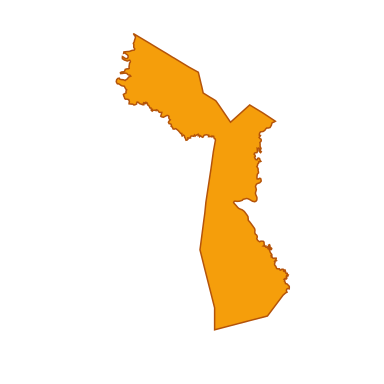 Santa Helena, Maranhão, Brazil (Albers equal-area conic projection), rotated 122°
{"feature_id": "56859067B36614364399438", "entity_name": "Santa Helena", "entity_type": "district", "adm_level": 2, "iso_a3": "BRA", "parent_name": "Brazil", "parent_adm1": "Maranhão", "projection": "albers", "projection_center": [-45.434, -2.467], "detail": "fine", "context": "isolated", "style": "filled", "palette": "amber", "viewbox_px": 384, "rotation_deg": 122, "n_neighbors": 0, "source": "geoboundaries", "source_scale": "gbopen_adm2", "svg_char_len": 6052}
<svg xmlns="http://www.w3.org/2000/svg" viewBox="0 0 384 384"><g transform="rotate(122 192 192)"><path d="M88.7,325.7L89.4,324.3L89.9,323.5L90.0,322.5L91.1,321.8L92.6,321.4L94.0,321.1L95.0,320.6L95.9,320.6L97.1,320.5L98.0,319.3L99.2,318.7L100.3,317.9L101.0,316.3L102.3,316.2L103.7,317.9L104.5,318.5L105.5,319.2L106.4,320.2L107.1,321.2L108.4,322.9L109.3,324.0L110.6,323.5L109.8,322.9L109.7,321.7L110.0,320.6L109.8,319.7L110.4,318.3L111.8,317.5L113.2,317.7L114.0,319.1L114.1,320.4L113.9,321.4L114.0,322.8L115.0,322.3L115.9,321.6L115.8,320.5L116.0,319.3L115.6,318.4L115.5,317.2L115.1,316.1L113.9,315.3L113.2,314.7L113.8,313.5L114.7,313.1L115.8,313.3L116.8,312.8L117.8,312.4L119.3,311.7L120.4,310.8L121.3,311.3L122.0,312.4L123.4,313.6L125.0,313.2L126.2,313.5L127.3,315.1L128.6,316.0L129.4,315.3L128.5,314.0L127.8,313.2L127.0,312.2L126.3,311.1L126.0,309.9L126.4,308.8L126.4,307.8L125.8,306.6L126.2,305.3L128.2,306.7L129.2,306.7L130.7,306.9L132.0,307.6L132.9,307.8L133.0,309.1L133.5,310.4L134.2,311.7L134.6,313.1L134.0,314.0L135.0,315.1L136.7,315.4L138.6,314.7L139.3,313.7L139.8,312.6L139.2,311.8L139.1,310.1L139.2,308.8L139.1,307.8L138.8,307.0L138.2,305.5L139.8,302.7L140.0,301.5L141.4,301.5L142.8,300.4L145.6,301.9L146.8,300.7L147.2,299.9L148.3,298.7L148.6,297.7L147.8,296.5L147.2,294.6L148.6,292.9L149.7,292.6L150.6,292.1L149.7,290.2L148.9,288.8L149.0,287.3L147.9,286.3L146.7,285.6L145.7,286.1L144.8,286.2L144.4,285.1L144.7,284.0L144.8,283.0L144.4,281.5L144.2,280.2L143.7,279.3L142.9,280.2L141.8,280.3L141.5,279.4L142.2,278.8L141.4,278.1L140.5,278.7L140.1,277.8L140.5,276.7L141.2,276.3L141.7,275.4L141.6,274.5L142.3,273.2L143.0,272.2L142.5,271.3L143.3,270.6L143.0,269.7L144.3,269.8L144.5,268.6L143.4,268.3L142.7,267.3L142.0,266.6L142.1,265.6L141.1,265.6L140.9,264.3L141.5,262.9L141.7,261.9L141.2,261.0L140.5,259.8L141.7,259.4L142.7,259.1L144.3,258.7L144.4,257.8L143.8,255.9L142.2,254.9L141.1,254.3L140.3,253.8L139.9,252.8L140.1,251.6L141.4,251.0L142.1,250.0L142.3,248.7L143.8,249.0L145.3,249.0L146.2,247.7L145.8,246.8L145.6,245.8L146.2,244.8L147.3,244.6L147.5,242.9L148.6,241.4L148.0,240.3L146.9,239.4L147.0,237.6L147.2,236.2L147.6,234.8L147.9,233.8L148.4,232.6L147.8,231.7L148.8,231.1L149.7,230.0L148.2,229.3L148.4,228.2L149.5,227.2L150.0,226.1L151.3,224.5L150.6,223.7L149.3,223.4L148.4,224.2L147.7,222.8L146.9,221.9L146.2,222.5L145.0,222.4L144.3,221.2L143.9,220.2L142.4,220.1L143.0,219.0L142.1,218.8L141.0,218.2L139.8,217.4L141.0,216.5L140.0,215.7L141.0,214.8L139.8,214.4L140.0,213.5L140.1,212.2L139.2,211.6L138.1,211.9L137.2,211.6L136.5,210.9L135.6,209.9L135.4,208.8L135.0,207.8L136.3,207.3L135.8,206.5L135.1,205.7L134.8,204.6L133.9,204.7L134.1,203.7L133.3,203.2L134.1,202.3L134.9,201.4L134.7,200.4L135.6,199.6L136.6,199.2L146.4,195.3L152.0,192.8L162.5,188.1L193.3,174.8L203.0,170.0L211.2,166.3L224.1,160.4L236.8,154.6L241.8,149.4L248.4,142.6L250.6,140.3L255.4,135.3L270.8,119.2L278.3,111.4L296.9,99.8L288.3,91.7L270.9,75.3L257.2,62.3L231.3,60.1L227.9,59.1L226.6,58.3L225.9,59.5L225.0,60.0L224.0,60.1L223.0,59.6L222.7,58.3L221.7,58.7L220.5,59.5L220.1,60.5L219.9,61.6L219.6,62.7L220.1,64.2L219.1,65.1L218.7,66.4L217.4,66.6L217.3,67.7L216.0,67.2L215.7,65.9L214.7,65.9L214.1,67.0L212.8,67.5L212.6,66.2L211.3,66.4L211.6,67.4L210.5,68.1L211.1,69.3L210.1,70.3L209.1,71.4L210.6,71.7L210.4,72.7L209.2,72.5L209.2,73.8L209.9,74.9L210.9,75.2L211.5,75.8L210.8,77.1L211.7,78.5L212.0,79.7L211.5,80.4L210.6,81.6L210.4,82.6L209.9,83.4L209.0,84.0L207.7,84.3L207.2,85.2L205.6,84.1L205.6,85.1L204.4,85.0L203.5,85.5L204.4,87.0L205.2,88.0L205.0,89.3L205.0,90.4L204.1,90.2L203.8,91.3L203.0,90.9L202.4,91.9L202.1,92.9L201.5,93.9L200.5,95.3L199.3,95.1L199.7,96.1L199.8,97.5L198.7,97.1L197.4,96.8L196.3,97.4L195.6,98.3L196.5,98.9L197.5,97.8L198.0,98.7L199.0,98.9L199.7,100.0L198.7,100.6L199.4,101.5L199.9,102.8L198.8,102.2L198.2,103.0L197.3,103.7L196.4,104.3L196.0,105.3L196.6,106.6L197.2,107.6L198.3,108.2L198.4,109.5L198.1,111.0L197.2,112.4L196.1,112.6L195.0,113.2L194.3,114.4L194.1,115.9L193.6,116.8L192.6,117.6L191.3,118.2L190.2,119.1L189.7,119.9L189.2,121.1L187.6,125.0L186.8,127.1L186.4,128.5L186.0,129.5L185.1,130.0L184.1,130.8L183.2,131.5L182.5,132.9L181.0,136.7L180.7,137.8L180.6,139.0L180.5,140.1L180.8,141.4L181.0,142.8L181.1,143.9L180.8,145.3L180.5,146.2L180.0,147.7L179.6,149.2L179.3,150.3L178.8,151.2L177.4,151.2L176.6,150.1L176.2,149.0L175.5,148.0L174.6,146.8L173.3,145.7L172.3,144.9L171.2,144.8L168.6,142.3L168.0,140.8L167.8,138.0L167.8,135.8L167.0,133.6L165.7,132.8L164.4,132.8L163.4,133.3L162.4,133.9L161.7,134.7L161.1,135.6L160.4,136.6L159.5,137.5L158.7,137.9L157.5,138.2L155.9,138.7L154.6,140.0L154.0,140.9L152.6,141.4L151.0,141.4L149.8,140.7L148.3,139.5L147.0,139.2L146.1,139.1L145.2,139.8L144.2,140.9L144.5,141.9L145.7,142.5L146.4,143.7L145.2,144.7L143.9,145.4L142.5,145.9L141.6,146.0L140.6,145.7L139.6,146.4L138.6,147.5L137.5,148.0L136.4,149.5L136.2,150.5L134.9,150.5L133.5,151.1L132.2,150.8L131.1,151.4L130.4,150.4L129.5,149.8L129.1,150.9L128.6,151.6L127.9,152.3L127.8,153.4L128.8,154.2L129.9,153.7L130.7,154.7L130.5,155.7L129.3,157.5L128.4,157.1L127.4,158.0L127.1,159.3L126.0,159.6L125.1,159.0L124.2,157.8L123.3,157.9L122.3,158.5L121.3,159.2L120.4,159.9L120.3,159.0L119.4,158.8L119.2,157.7L120.5,157.6L121.6,157.0L122.1,155.8L122.3,154.7L121.1,154.6L120.9,155.8L119.9,156.4L118.7,156.4L118.0,157.2L117.2,158.5L116.1,159.1L114.9,159.9L114.1,160.7L112.6,160.3L111.4,160.7L110.6,161.5L110.7,162.7L110.1,164.1L108.8,163.8L107.8,163.9L108.2,164.9L107.2,165.6L105.8,165.9L104.6,165.7L103.8,164.7L103.0,163.8L102.0,163.3L100.9,162.9L99.6,162.9L98.2,162.6L97.4,161.3L96.0,160.0L94.8,160.0L93.0,160.1L92.1,160.5L91.0,160.7L90.2,160.3L89.2,159.5L87.8,158.8L87.4,173.8L87.6,189.2L111.0,195.9L112.4,196.3L111.9,197.5L111.4,198.6L104.0,215.4L102.1,219.9L102.0,220.9L102.0,224.2L102.1,227.1L102.1,235.0L97.7,239.3L95.3,241.8L93.4,243.7L87.1,250.1L87.7,260.9L87.9,278.5L88.0,279.5L88.0,286.1L88.2,296.2L88.3,304.7L88.3,306.1L88.7,325.7ZM199.3,95.1L198.7,94.2L197.6,94.5L197.4,95.7L198.5,95.7L199.3,95.1Z" fill="#f59e0b" stroke="#b45309" stroke-width="1.5"/></g></svg>